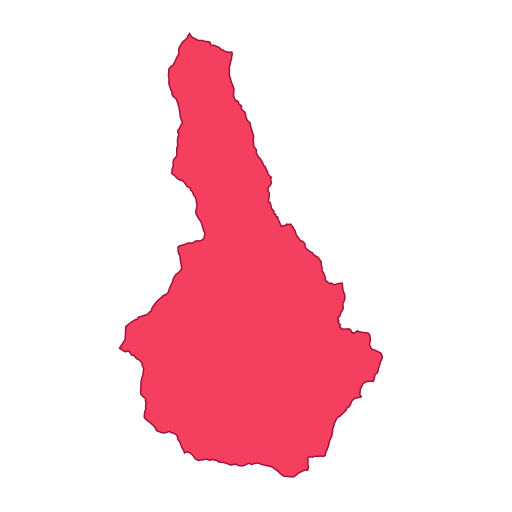 the district of Poiana Teiului, Neamt, Romania, rotated 93°
{"feature_id": "2599482B87043149712701", "entity_name": "Poiana Teiului", "entity_type": "district", "adm_level": 2, "iso_a3": "ROU", "parent_name": "Romania", "parent_adm1": "Neamt", "projection": "robinson", "projection_center": [25.888, 47.126], "detail": "fine", "context": "isolated", "style": "filled", "palette": "rose", "viewbox_px": 512, "rotation_deg": 93, "n_neighbors": 0, "source": "geoboundaries", "source_scale": "gbopen_adm2", "svg_char_len": 6104}
<svg xmlns="http://www.w3.org/2000/svg" viewBox="0 0 512 512"><g transform="rotate(93 256 256)"><path d="M355.3,387.5L357.9,383.0L358.3,382.0L358.5,381.0L357.7,379.7L358.0,377.7L358.4,377.3L361.2,375.3L362.0,372.7L362.5,371.8L364.7,370.1L365.9,367.1L369.1,364.0L371.0,364.1L373.2,362.7L374.5,362.3L380.6,362.7L384.8,363.9L388.2,364.2L393.1,364.1L394.0,363.9L397.5,364.2L400.2,363.7L401.2,362.4L402.2,361.5L404.3,358.7L405.9,358.9L408.6,358.2L412.4,358.4L413.7,358.1L415.8,358.4L417.1,358.9L420.1,359.2L423.2,359.1L425.9,356.2L428.3,352.5L429.6,351.1L429.9,350.4L432.8,347.6L435.6,346.2L437.2,341.4L437.6,338.5L435.9,333.6L435.9,332.5L436.8,331.7L437.1,329.5L438.6,326.3L439.7,325.3L443.6,324.3L444.9,322.8L451.3,319.9L453.7,318.2L456.4,317.1L455.9,316.4L455.5,314.9L455.6,312.9L456.0,311.9L457.0,310.5L457.3,309.8L458.9,308.2L461.7,306.1L462.9,303.7L463.1,302.1L462.6,300.8L462.4,298.0L461.7,296.7L461.4,295.4L461.9,293.2L462.4,291.6L462.4,291.1L461.7,290.0L461.5,289.0L462.1,285.9L462.0,284.5L463.2,283.3L463.7,282.2L464.0,277.1L465.0,273.4L466.1,270.2L466.0,269.2L465.3,267.7L465.0,264.5L466.1,263.1L466.4,259.2L466.0,257.4L463.8,253.3L463.3,252.1L464.5,249.4L464.2,248.6L463.5,247.6L463.3,246.5L462.7,245.3L462.9,241.7L463.8,240.0L465.4,230.4L465.9,228.9L468.9,224.0L470.3,222.1L471.1,221.5L474.4,216.9L474.7,207.8L474.3,206.3L470.5,202.1L467.6,197.0L467.1,195.3L467.3,193.7L467.1,193.3L464.9,192.6L463.6,192.6L461.4,193.3L454.7,193.5L453.8,192.4L453.8,188.9L452.8,186.5L452.9,184.0L452.5,181.5L452.4,177.9L451.9,176.7L451.4,176.4L447.5,176.0L446.6,175.2L441.9,173.7L436.5,172.8L431.4,170.8L428.4,170.6L427.0,170.2L425.0,170.5L420.8,169.2L419.2,169.2L417.7,168.3L414.2,167.1L412.6,165.6L411.5,163.7L406.1,158.7L404.6,157.6L402.6,157.1L401.9,155.4L401.5,155.0L399.3,153.9L395.8,152.8L393.0,150.1L391.4,143.8L391.2,143.6L390.6,143.6L389.6,144.7L388.8,145.1L384.8,144.9L382.8,144.6L378.5,142.7L377.5,141.9L376.0,139.9L375.5,138.2L375.2,136.0L375.1,132.4L373.4,131.8L367.9,130.8L366.5,128.8L364.2,127.9L362.2,127.9L358.2,126.8L355.2,126.3L353.1,125.2L350.6,124.5L347.9,125.4L346.4,126.3L343.9,132.0L343.0,135.2L342.3,136.4L340.8,136.6L339.6,137.6L338.8,138.0L336.6,137.9L334.4,137.3L329.8,138.0L328.7,138.5L327.2,139.8L326.9,141.8L326.7,146.0L326.0,150.0L325.3,150.8L327.1,152.7L327.4,153.2L327.5,154.8L328.0,155.7L325.6,157.1L324.2,158.4L323.9,159.7L324.6,165.8L322.3,168.9L320.5,168.1L320.3,168.5L317.7,170.4L316.9,170.1L316.9,170.6L315.6,170.1L314.6,171.0L313.6,170.7L313.3,171.2L312.8,171.2L312.9,170.4L311.4,169.0L307.7,168.2L306.3,167.1L303.9,166.2L302.5,166.2L300.2,166.7L298.6,166.7L297.7,166.5L296.5,165.6L295.4,165.5L293.9,164.9L290.1,165.4L286.8,166.9L284.8,167.5L278.5,168.6L279.0,171.4L280.4,175.6L280.5,177.1L279.1,179.4L279.6,181.3L276.9,184.8L276.4,185.4L273.6,185.7L269.4,187.6L268.3,188.4L267.7,189.4L265.2,189.2L263.2,189.9L258.0,190.8L255.9,192.7L254.4,193.5L252.3,197.5L251.4,198.7L249.6,200.1L248.9,202.0L246.2,206.0L244.5,207.4L243.5,207.7L241.9,207.6L241.2,207.9L239.7,209.1L239.0,210.2L237.9,213.0L235.2,214.8L233.9,216.2L233.0,216.8L228.7,218.3L227.5,219.3L225.0,220.7L224.2,221.7L222.7,222.7L222.5,223.0L222.4,223.6L222.9,224.9L222.7,225.6L223.2,226.4L223.2,226.7L222.6,227.0L223.7,227.9L225.0,232.3L217.5,236.1L215.8,236.4L215.9,237.8L213.9,238.4L213.4,239.1L212.8,239.2L212.4,240.3L212.1,240.7L210.2,240.4L208.5,242.3L207.1,243.1L202.0,244.5L201.4,246.4L193.3,245.8L192.3,246.0L190.5,247.3L187.9,247.5L186.4,246.9L184.6,245.3L184.4,245.4L182.3,244.4L178.0,245.5L176.7,244.7L175.7,246.2L173.2,248.7L171.6,248.6L169.6,250.2L168.9,250.3L166.3,251.6L165.5,252.8L162.0,254.5L158.0,257.4L157.0,258.8L153.0,261.1L150.0,261.1L148.0,262.9L145.9,264.1L142.5,264.4L141.5,264.8L137.4,264.6L135.8,264.8L126.4,268.4L124.6,268.4L123.9,268.7L122.5,269.8L121.0,271.9L117.5,273.4L113.9,274.2L112.8,274.7L110.2,278.2L109.1,278.3L108.8,278.6L107.7,278.1L106.8,278.4L105.0,281.2L102.9,281.7L102.0,283.1L102.0,284.0L101.3,284.8L100.3,285.5L99.0,286.0L98.1,286.5L96.9,286.9L90.4,286.7L85.2,288.9L83.6,289.8L79.8,290.9L77.9,291.8L76.6,292.1L67.6,292.5L66.8,292.0L62.5,291.4L61.1,290.8L57.2,290.7L56.0,290.2L53.6,290.8L54.0,294.0L53.1,298.3L51.7,300.3L51.5,301.9L50.3,303.0L49.2,304.7L49.0,305.8L47.7,309.1L48.0,311.5L46.9,312.8L45.3,312.7L44.5,314.1L44.3,318.5L43.5,320.8L43.8,324.0L43.4,326.2L42.0,328.3L41.5,330.3L41.2,330.7L39.5,332.6L37.3,334.0L39.5,335.4L41.5,336.1L42.7,336.8L45.7,340.1L48.5,342.0L49.6,342.2L51.3,343.4L52.8,343.9L55.6,344.0L57.7,343.6L58.8,343.9L62.5,345.8L66.6,347.2L68.0,348.1L69.5,348.4L70.8,350.6L73.0,352.3L74.4,352.9L75.2,352.7L79.9,352.9L81.6,352.7L83.3,352.1L87.7,352.1L90.5,351.4L92.5,350.4L93.6,350.2L97.0,348.3L98.2,348.6L98.7,348.5L100.1,347.5L101.1,347.1L102.9,344.2L107.8,341.8L109.4,341.6L111.7,340.6L113.9,340.3L116.7,339.5L120.4,339.1L127.1,336.4L128.8,337.7L132.5,339.1L135.0,340.7L137.2,340.4L137.6,339.7L139.4,339.5L141.5,340.3L145.1,340.5L150.3,339.9L152.3,340.8L159.7,340.3L160.9,340.8L163.8,343.1L164.6,343.5L167.4,343.7L169.8,343.3L174.1,344.4L176.3,344.3L177.5,344.7L178.4,344.0L180.0,341.3L181.6,339.9L182.9,338.3L183.9,336.5L184.7,333.1L187.4,330.4L189.1,329.4L190.2,328.4L191.4,325.6L193.5,324.8L195.0,323.1L198.7,321.2L200.7,319.6L203.1,318.6L205.1,318.5L206.8,317.8L208.5,317.6L211.8,317.9L215.0,318.7L217.2,318.0L220.2,316.2L221.8,315.2L224.4,312.8L225.2,312.6L228.0,311.4L233.3,309.7L236.4,308.0L238.5,308.6L239.8,308.6L241.4,309.3L242.6,310.2L243.3,311.4L244.0,313.2L243.8,314.0L244.2,317.0L244.6,317.7L246.0,319.2L246.5,321.7L246.5,323.8L246.9,325.3L247.9,327.0L249.8,332.7L251.1,334.4L255.2,334.0L258.3,333.1L259.3,332.3L260.3,331.9L264.0,331.4L269.7,330.0L272.8,329.6L275.3,331.3L277.7,333.7L278.7,335.1L282.6,337.3L286.7,338.2L292.6,340.7L296.3,341.5L297.4,342.2L299.3,344.0L299.5,344.2L299.3,344.6L299.8,345.1L300.3,346.6L302.3,348.3L304.9,351.2L306.2,352.0L307.0,352.9L309.0,354.4L313.3,357.0L316.2,357.8L317.2,358.7L317.5,359.5L319.5,360.9L320.4,362.2L321.2,364.8L323.2,369.9L323.9,370.7L324.9,371.0L325.5,371.6L325.9,373.0L328.6,377.2L333.2,382.3L346.3,382.3L355.3,387.5Z" fill="#f43f5e" stroke="#9f1239" stroke-width="1.5"/></g></svg>